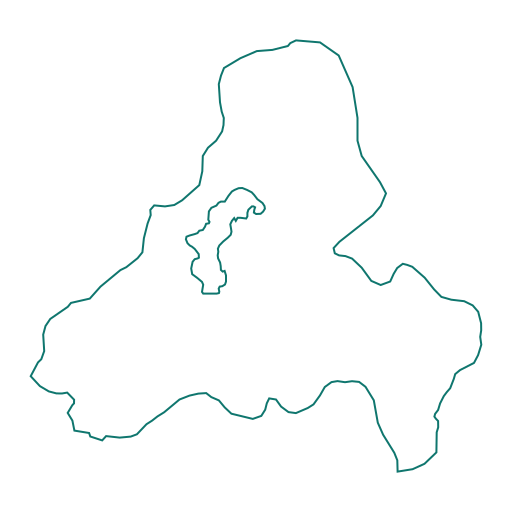 Sana'a, Natural Earth projection
{"feature_id": "YEM-3496", "entity_name": "Sana'a", "entity_type": "Governorate", "adm_level": 1, "iso_a3": "YEM", "parent_name": "Yemen", "parent_adm1": "", "projection": "natural_earth1", "projection_center": [44.362, 15.407], "detail": "fine", "context": "isolated", "style": "outline", "palette": "teal", "viewbox_px": 512, "rotation_deg": 0, "n_neighbors": 0, "source": "natural_earth", "source_scale": "10m", "svg_char_len": 3032}
<svg xmlns="http://www.w3.org/2000/svg" viewBox="0 0 512 512"><path d="M296.0,40.4L320.0,42.4L338.7,55.5L352.6,87.1L357.5,117.9L357.5,140.7L361.7,156.0L380.0,182.2L386.0,193.4L380.7,206.0L372.9,215.4L339.4,241.8L333.6,248.1L334.8,253.3L339.1,255.4L345.5,256.1L352.1,258.6L361.7,267.7L371.3,280.9L380.7,285.0L390.2,281.5L393.7,273.8L397.2,268.0L402.8,263.8L407.2,264.9L412.3,266.8L424.7,277.7L434.1,289.4L441.4,296.9L451.3,299.7L464.2,301.2L472.7,305.4L478.2,311.8L481.1,323.2L481.2,330.3L480.2,336.9L481.3,344.7L478.1,355.1L474.0,362.9L460.0,370.1L455.2,374.1L453.8,378.9L450.2,388.2L446.8,392.1L443.8,396.1L440.1,403.4L438.1,410.0L435.1,413.9L434.4,416.6L435.8,418.6L438.1,421.0L438.2,427.3L436.7,432.3L436.4,452.4L424.5,463.8L412.6,469.2L397.6,471.6L397.3,460.3L394.3,452.8L383.1,434.7L377.8,422.7L373.8,400.3L365.5,386.8L359.1,381.9L352.0,381.2L345.0,382.2L337.5,381.1L331.5,382.1L324.8,387.0L320.0,395.4L313.5,404.4L307.8,408.0L295.9,413.1L288.5,412.1L281.1,406.6L276.0,399.5L269.2,398.4L266.8,403.3L265.2,409.7L261.3,415.9L252.8,418.9L231.4,413.7L224.7,407.4L218.9,400.4L211.3,397.1L206.2,393.1L198.4,393.6L189.5,395.6L179.5,399.5L164.1,412.3L157.5,416.4L152.0,420.7L146.5,424.2L136.9,434.3L130.7,436.6L119.7,437.6L106.1,436.1L102.2,440.4L90.3,436.5L89.1,433.0L74.4,430.6L72.4,420.6L67.7,412.9L72.3,405.2L74.0,403.4L74.1,399.7L67.2,392.6L61.9,393.5L56.4,393.4L48.8,391.4L39.9,386.1L30.7,376.2L38.0,362.4L41.3,359.2L44.2,351.1L43.2,334.6L45.5,326.0L50.3,318.9L67.8,306.8L71.0,302.9L89.8,298.6L100.5,286.6L120.4,270.1L126.3,267.2L137.6,258.2L142.4,252.3L143.9,238.2L147.6,223.5L150.7,215.1L150.3,209.9L154.2,205.4L165.0,206.4L174.3,205.0L182.1,200.3L199.3,185.1L202.3,171.3L202.8,156.0L208.0,147.7L216.1,140.7L222.1,131.4L223.5,125.1L223.8,118.0L221.7,111.6L220.0,102.3L218.8,84.1L221.0,75.6L224.0,68.0L240.4,58.2L256.8,51.1L272.4,49.9L287.9,46.0L290.3,43.1L296.0,40.4ZM256.1,214.0L260.6,213.8L263.1,211.6L264.9,208.7L264.5,206.1L262.5,203.0L257.4,199.2L254.1,194.9L251.7,192.3L247.0,189.9L242.3,188.0L238.6,188.2L234.6,189.9L231.9,191.5L228.5,195.8L226.0,199.7L224.8,201.6L220.9,201.6L218.5,202.8L216.4,205.6L211.4,207.8L208.9,211.4L208.3,219.7L209.5,221.9L208.9,223.3L206.1,223.8L205.0,226.7L202.8,230.0L199.3,230.7L197.5,233.1L194.7,234.1L189.6,235.5L186.5,236.7L185.9,239.3L187.5,243.2L189.8,245.5L192.0,246.7L194.7,248.9L198.7,254.1L198.9,257.7L197.7,258.4L194.7,259.2L192.6,261.8L191.2,268.5L192.2,274.2L197.1,277.8L202.0,281.9L203.2,284.7L202.0,291.9L203.2,293.6L210.9,293.6L216.6,293.6L218.9,293.1L219.3,291.7L218.7,288.6L219.7,286.6L222.3,286.2L225.0,284.5L226.0,281.6L226.0,275.4L224.6,270.9L222.7,271.6L220.9,269.9L220.7,266.1L220.1,262.5L218.1,258.4L217.7,255.3L218.3,251.8L217.9,248.7L219.3,245.5L223.2,241.5L227.8,237.7L230.7,234.8L231.5,231.7L231.1,229.1L230.3,224.3L231.9,220.9L234.2,218.1L235.8,220.9L237.6,217.8L240.5,217.8L246.2,218.5L247.4,216.4L247.4,212.8L248.4,209.7L250.2,208.0L251.9,206.4L253.5,206.4L255.1,207.3L254.3,209.7L253.9,212.6L256.1,214.0Z" fill="none" stroke="#0f766e" stroke-width="2"/></svg>